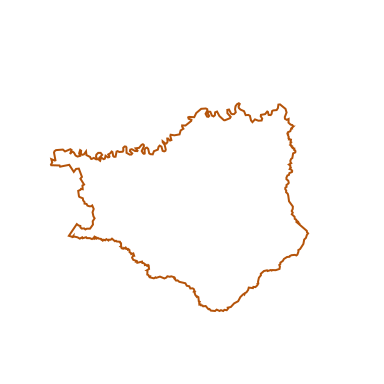 Buenavista, Córdoba, Colombia (Albers equal-area conic projection), rotated 233°
{"feature_id": "7082276B96393406171347", "entity_name": "Buenavista", "entity_type": "district", "adm_level": 2, "iso_a3": "COL", "parent_name": "Colombia", "parent_adm1": "Córdoba", "projection": "albers", "projection_center": [-75.43, 8.19], "detail": "fine", "context": "isolated", "style": "outline", "palette": "amber", "viewbox_px": 384, "rotation_deg": 233, "n_neighbors": 0, "source": "geoboundaries", "source_scale": "gbopen_adm2", "svg_char_len": 6038}
<svg xmlns="http://www.w3.org/2000/svg" viewBox="0 0 384 384"><g transform="rotate(233 192 192)"><path d="M302.9,99.4L299.7,98.1L298.7,95.8L298.1,95.7L292.9,102.2L291.6,101.9L287.6,110.3L279.2,109.7L280.2,113.3L278.8,115.7L270.3,113.2L269.8,110.9L262.9,110.3L263.1,108.4L260.0,106.4L261.3,105.2L260.9,104.2L261.4,101.8L256.7,99.2L255.8,99.1L252.7,101.0L250.7,100.0L248.6,100.1L247.4,99.2L245.9,100.6L244.1,100.3L242.4,101.4L241.3,102.9L241.3,104.2L237.6,103.3L235.7,100.4L231.8,98.6L229.6,98.4L228.4,95.1L225.6,93.3L224.1,88.5L226.0,85.9L226.3,84.3L227.8,84.0L229.2,81.9L230.9,81.6L232.1,82.4L233.6,81.2L235.7,80.7L231.1,67.3L228.1,69.5L228.3,70.6L227.7,69.9L227.1,71.3L224.7,73.3L222.3,74.3L221.9,77.0L220.9,76.8L219.6,80.2L218.4,80.3L216.7,82.6L214.6,83.8L214.5,85.1L213.8,85.5L214.4,86.1L213.8,86.4L214.8,87.4L213.8,87.9L213.1,86.3L213.1,87.9L212.2,87.8L212.0,89.2L211.0,89.4L209.3,91.1L208.2,90.9L207.6,92.0L206.9,91.6L206.4,93.3L205.7,93.6L205.9,95.2L203.6,96.1L204.0,96.8L202.8,98.4L202.9,100.0L199.1,100.8L198.8,101.9L197.8,102.1L195.6,104.5L194.7,104.1L193.8,104.5L191.3,102.7L191.4,102.1L190.1,102.5L189.4,102.0L188.1,102.9L188.3,104.0L187.1,104.5L187.4,105.6L185.9,105.5L185.3,106.4L184.5,106.1L184.4,106.9L183.3,107.1L181.4,105.9L180.2,106.5L179.0,106.1L178.3,108.2L175.9,107.4L176.5,106.4L175.6,104.6L173.1,104.3L170.8,105.9L170.2,105.3L169.8,106.3L168.4,105.7L166.5,110.2L165.2,109.6L164.4,110.5L162.6,111.0L162.0,110.5L161.6,111.4L160.0,111.7L160.2,113.0L159.5,113.2L156.4,111.4L156.6,108.8L156.1,109.2L153.0,106.6L151.9,107.2L150.3,106.9L149.8,107.8L149.1,107.1L146.0,109.6L145.8,111.5L145.0,111.7L143.7,115.5L139.6,117.9L139.1,120.0L139.5,121.6L137.6,123.3L137.2,124.6L134.5,126.6L133.4,126.5L133.4,125.8L130.8,126.0L130.1,127.3L127.9,127.8L123.1,131.8L120.3,131.4L118.3,133.1L116.0,132.6L114.7,134.5L113.6,135.0L111.6,134.5L111.3,133.5L110.5,134.1L110.3,133.5L107.8,132.7L105.4,132.7L105.5,133.3L104.2,133.8L100.7,131.7L99.7,132.1L99.3,131.1L97.6,130.1L97.1,131.2L96.2,130.9L95.0,132.1L94.0,132.1L92.7,134.3L88.5,134.6L88.1,135.5L85.9,135.7L83.1,138.8L83.2,140.9L80.4,142.4L80.2,144.0L78.2,145.3L78.4,147.0L76.7,148.6L77.2,150.8L78.1,151.0L76.8,153.8L77.7,158.6L77.0,163.1L79.0,167.4L79.5,171.3L79.4,172.3L78.7,172.3L79.4,173.4L79.1,175.1L80.0,177.9L81.5,179.8L78.6,182.8L79.3,183.9L77.9,185.4L78.1,187.6L78.5,188.8L79.3,189.1L79.1,189.9L80.7,190.8L83.3,193.9L84.0,196.9L85.3,197.7L85.6,201.9L84.3,204.8L83.4,204.8L82.2,208.1L81.3,208.4L81.3,209.2L79.2,211.8L77.9,215.6L79.5,217.3L81.2,217.8L81.3,219.2L82.4,220.1L82.3,223.0L83.2,225.1L82.9,228.8L81.6,230.9L82.0,231.6L81.6,233.5L79.9,236.3L78.5,237.2L78.6,238.5L80.3,241.1L81.6,241.9L81.4,244.0L83.5,249.7L86.5,253.0L86.8,255.4L88.6,257.9L89.1,259.8L90.6,259.6L91.9,260.3L103.8,257.7L103.3,258.5L104.3,258.3L104.5,258.8L105.2,258.6L104.3,257.9L105.0,257.4L107.2,258.6L108.7,257.9L110.5,259.0L114.2,258.3L114.8,260.0L116.8,260.2L117.8,262.2L119.7,263.8L126.2,263.9L131.2,266.7L133.1,267.4L135.2,267.0L136.4,268.1L138.2,268.2L139.3,269.2L139.2,270.6L140.7,271.6L140.8,274.3L141.3,274.9L143.2,275.7L145.3,275.1L146.6,276.0L147.8,278.2L147.3,279.6L148.5,281.2L147.8,283.8L148.5,284.7L150.1,284.8L151.5,283.8L152.2,285.7L152.8,285.5L154.0,286.4L155.6,285.9L155.3,288.6L156.6,288.6L157.9,289.5L158.8,291.2L158.7,292.5L162.0,296.0L161.5,298.3L162.0,298.9L163.0,299.4L164.1,298.9L165.1,299.8L165.6,299.2L166.5,299.4L166.7,298.8L168.5,298.8L168.6,299.4L170.4,298.8L170.4,299.3L172.0,300.2L172.1,301.1L172.7,300.9L174.2,302.5L175.6,301.1L176.1,301.8L177.0,301.5L177.8,302.4L179.9,302.9L180.3,303.6L181.2,303.3L182.0,304.5L181.4,307.1L183.0,309.4L182.5,310.1L183.1,310.4L183.3,312.2L183.6,311.8L184.0,312.4L185.1,312.4L186.5,311.3L189.3,310.8L192.2,313.1L192.6,311.1L194.5,310.3L196.0,311.2L198.6,315.4L202.1,316.7L209.0,315.0L209.8,313.6L207.3,311.1L206.5,308.9L208.3,305.9L208.4,304.6L206.5,302.6L206.1,301.1L207.4,299.6L210.3,300.8L211.0,300.5L210.2,297.2L212.1,293.5L211.2,292.5L208.3,292.2L207.2,290.6L209.0,287.9L212.1,286.0L211.4,282.3L213.6,282.2L218.0,284.1L219.6,283.4L221.1,281.1L225.2,282.2L228.7,280.3L230.8,280.0L232.1,280.5L233.6,283.1L234.7,282.8L235.0,280.8L234.3,278.4L232.2,276.2L229.3,274.9L228.9,272.5L229.9,271.0L231.1,270.4L235.6,271.2L236.3,269.6L233.6,267.7L228.7,268.1L228.1,266.7L229.5,261.4L230.2,260.7L236.1,259.6L241.2,260.4L241.7,258.4L239.5,256.4L239.4,254.7L241.0,253.9L245.0,254.9L246.3,253.5L245.5,251.9L242.4,251.5L242.2,250.3L243.2,249.4L246.3,249.9L247.9,253.4L249.0,254.0L250.4,253.3L252.9,249.4L252.5,242.9L250.4,238.8L253.7,234.9L253.9,233.9L252.5,233.4L250.0,235.0L249.2,234.1L249.0,226.8L251.1,224.2L250.2,223.5L247.7,223.2L248.0,220.0L245.5,216.7L247.9,212.0L250.6,209.4L249.8,208.4L245.9,206.8L246.3,205.4L249.2,205.0L249.6,204.4L246.8,202.7L246.1,200.7L246.7,199.9L250.2,199.1L249.5,198.6L246.0,198.5L241.7,196.6L240.9,195.5L241.2,194.2L242.5,193.3L246.6,194.9L248.5,194.1L248.2,192.5L246.4,190.2L247.5,186.2L245.7,183.3L247.2,181.6L248.6,181.1L252.9,183.0L254.6,182.7L255.0,181.5L254.4,179.7L251.2,177.4L251.4,176.6L252.5,176.2L255.0,176.5L257.5,181.2L258.6,181.8L259.7,181.5L260.0,180.1L259.1,176.3L260.8,173.3L257.8,173.4L257.6,172.9L259.0,171.2L262.4,169.7L263.0,168.2L262.0,167.0L258.8,167.5L258.4,166.2L259.4,164.7L262.7,163.3L267.1,166.5L268.1,166.5L268.9,165.6L268.7,163.7L266.3,162.0L265.9,160.9L267.7,158.0L269.4,157.2L269.7,156.1L266.2,152.2L266.9,151.0L268.1,150.7L271.8,152.5L272.7,152.2L272.1,150.0L272.4,147.7L270.2,147.6L269.7,146.9L270.2,145.7L273.0,144.8L271.1,142.5L271.3,141.3L274.2,140.1L272.2,137.4L273.1,137.1L274.9,138.1L275.7,142.6L278.2,142.6L279.7,140.6L279.4,138.1L278.1,136.7L275.2,136.0L275.8,135.1L278.3,134.1L278.8,131.7L279.4,131.3L281.4,131.7L285.0,129.9L288.2,131.8L287.1,128.3L287.8,126.6L289.5,126.3L291.7,128.3L292.8,127.9L290.8,125.1L288.2,124.4L289.2,121.9L291.2,121.0L294.4,121.4L295.9,121.0L296.3,120.0L295.7,117.5L298.1,121.1L299.4,120.6L300.8,115.0L303.6,114.4L307.3,108.6L307.3,106.7L306.5,105.5L299.5,102.0L299.7,101.3L302.9,99.4Z" fill="none" stroke="#b45309" stroke-width="2"/></g></svg>